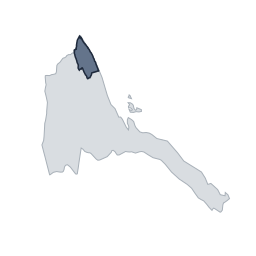 location of Karura, Semenawi Keyih Bahri, Eritrea, rotated 350°
{"feature_id": "51966322B45199582240714", "entity_name": "Karura", "entity_type": "district", "adm_level": 2, "iso_a3": "ERI", "parent_name": "Eritrea", "parent_adm1": "Semenawi Keyih Bahri", "projection": "equal_earth", "projection_center": [38.724, 17.385], "detail": "fine", "context": "in_parent", "style": "filled", "palette": "slate", "viewbox_px": 256, "rotation_deg": 350, "n_neighbors": 0, "source": "geoboundaries", "source_scale": "gbopen_adm2", "svg_char_len": 5850}
<svg xmlns="http://www.w3.org/2000/svg" viewBox="0 0 256 256"><g transform="rotate(350 128 128)"><path d="M42.7,160.5L41.9,150.4L41.4,143.6L40.8,136.5L40.3,129.7L42.8,125.6L43.9,121.6L46.9,108.8L48.1,106.3L50.5,99.4L50.8,97.5L53.1,88.8L52.9,83.1L52.5,77.3L53.7,73.9L54.9,71.2L54.8,68.9L55.3,63.5L55.7,62.1L57.1,62.1L59.9,62.8L61.9,62.2L64.3,62.2L66.2,62.0L67.2,60.4L68.8,54.1L69.7,52.9L70.5,52.5L72.6,51.3L74.4,49.5L75.8,48.2L76.4,47.9L77.9,47.8L79.5,47.0L80.2,46.1L82.2,45.4L84.1,45.8L85.4,45.0L86.2,44.5L87.2,44.5L88.1,43.8L88.5,42.6L89.0,41.9L90.5,40.3L91.2,39.1L91.5,37.9L91.8,37.0L92.5,35.4L95.1,31.4L97.4,29.1L105.2,49.3L108.4,61.2L111.2,73.7L113.3,92.4L115.3,102.0L118.6,106.7L120.8,115.7L122.7,116.0L124.0,118.5L126.4,126.8L128.1,130.0L129.0,127.3L128.9,125.7L128.2,123.2L128.8,119.8L130.1,117.8L133.1,120.5L134.7,122.6L135.2,126.7L135.9,129.0L139.0,133.9L141.7,135.3L145.1,135.6L148.0,136.7L150.3,138.5L154.6,143.4L164.5,147.7L172.5,161.0L177.2,170.2L192.7,184.1L195.4,190.8L196.8,197.4L200.0,197.0L205.6,204.2L207.3,209.7L211.8,211.6L212.6,208.4L214.8,211.1L215.7,215.2L212.8,216.8L209.6,218.3L209.2,218.2L208.1,220.1L206.6,225.3L204.9,226.8L204.1,226.9L199.0,222.1L198.3,221.8L197.2,222.7L196.4,223.7L194.0,220.1L192.3,216.8L189.9,212.9L187.6,211.2L185.1,209.0L182.7,204.0L180.2,198.4L176.5,193.8L169.6,187.2L163.2,178.9L158.4,170.2L155.2,165.6L153.9,164.5L147.5,161.6L143.0,157.7L139.5,154.4L137.4,153.5L135.4,153.4L131.0,154.0L127.3,152.0L125.8,152.0L123.4,151.4L121.5,150.7L119.2,151.5L114.6,153.0L112.7,152.7L111.7,150.6L111.1,149.1L109.5,147.4L108.2,147.4L107.4,148.9L102.6,152.6L94.6,154.6L92.7,154.5L91.2,153.0L87.2,146.7L86.0,145.7L85.1,145.6L83.2,144.8L81.4,143.6L79.9,141.0L78.4,139.6L76.7,144.6L73.7,153.5L72.2,158.2L70.1,164.3L69.5,164.5L68.4,164.1L64.4,156.4L61.9,153.6L60.0,153.9L58.7,155.3L57.8,157.8L56.8,159.4L55.8,160.0L53.6,159.7L50.2,158.5L46.8,158.7L43.2,160.5L42.7,160.5ZM137.3,109.9L138.4,111.8L139.2,111.6L139.8,111.0L140.2,109.6L144.3,112.2L144.1,114.0L141.6,114.1L138.8,113.3L136.1,113.6L133.0,112.8L132.3,109.9L134.3,111.3L135.3,111.0L135.5,110.6L134.1,108.6L132.1,108.2L132.2,106.6L133.1,106.0L133.6,105.3L132.5,103.1L134.7,103.6L136.2,104.9L137.1,106.4L137.3,109.9ZM135.6,96.3L136.5,99.7L133.9,98.4L133.5,97.7L134.6,96.4L134.9,95.6L135.6,96.3Z" fill="#d9dde1" stroke="#a8b0b8" stroke-width="1"/><path d="M90.1,62.6L90.6,62.1L91.2,61.8L91.3,61.7L91.7,61.6L91.9,61.6L92.0,61.7L92.1,61.8L92.2,61.7L92.4,61.7L92.5,61.5L92.6,61.3L92.6,61.2L92.8,61.1L92.9,60.9L93.2,60.8L93.3,60.8L93.5,61.0L93.7,61.5L93.7,61.8L93.9,62.6L93.9,63.1L94.0,63.3L94.2,64.1L94.3,64.6L94.4,65.2L94.5,65.4L94.5,65.5L94.8,66.4L95.0,67.0L95.1,67.4L95.3,67.9L95.3,68.2L95.4,68.3L95.6,68.6L95.9,68.9L96.0,69.1L96.1,69.5L96.2,69.8L96.3,70.0L96.3,71.1L96.4,71.5L96.6,72.1L96.7,72.3L96.9,72.4L97.0,72.5L97.3,72.4L97.5,72.2L97.9,72.0L98.2,72.0L98.4,71.8L98.6,71.8L98.9,71.8L99.2,71.6L99.3,71.7L99.6,71.3L99.7,71.2L99.8,71.1L100.0,71.0L100.3,70.3L100.4,70.1L100.5,70.0L100.9,69.7L101.2,69.3L101.4,68.8L101.5,68.5L101.5,68.3L101.6,68.2L101.8,67.8L101.9,67.4L102.0,67.4L102.1,67.2L102.1,67.4L102.3,67.4L102.7,67.3L102.8,67.3L103.1,67.3L103.3,67.3L103.5,67.2L103.6,67.3L103.8,67.2L104.0,67.2L104.3,67.2L104.5,67.1L104.9,67.1L105.1,67.2L105.3,67.0L105.5,67.0L105.7,66.9L106.2,66.9L106.5,67.0L106.8,66.9L107.1,66.9L107.5,66.8L107.7,66.6L108.1,66.6L108.3,66.7L108.7,66.8L108.7,66.7L108.8,66.7L109.0,66.4L108.9,66.3L108.9,66.0L108.9,65.9L108.8,65.6L108.8,65.4L108.6,65.0L108.6,64.3L108.6,64.1L108.5,63.9L108.4,63.4L108.3,63.2L108.3,62.8L108.2,62.5L108.1,62.0L108.0,61.7L108.0,61.3L107.9,61.2L107.9,60.8L107.7,60.3L107.7,59.7L107.5,59.3L107.5,59.2L107.5,58.5L107.5,58.0L107.5,57.7L107.4,57.4L107.3,57.2L107.1,57.0L106.9,56.8L106.8,56.6L106.7,56.3L106.7,56.1L106.7,55.6L106.7,55.2L106.6,54.6L106.5,54.2L106.5,53.9L106.4,53.5L106.2,53.2L106.1,52.9L106.0,52.5L106.0,52.0L105.9,51.2L105.7,50.6L105.7,50.4L105.6,50.2L105.5,49.8L105.3,49.1L105.2,48.8L105.1,48.7L105.0,48.4L104.9,48.1L104.9,47.9L104.7,47.6L104.7,47.4L104.4,47.0L104.3,46.8L104.1,46.6L104.1,46.4L103.9,46.2L103.9,45.9L103.9,45.7L103.8,45.3L103.7,45.2L103.7,44.9L103.6,44.7L103.5,44.3L103.4,44.0L103.3,43.8L103.1,43.5L103.1,43.4L102.9,43.2L102.9,42.9L103.0,42.9L102.9,42.9L102.8,42.7L102.6,42.2L102.5,42.3L102.4,42.3L102.4,42.2L102.5,42.0L102.4,41.9L102.4,42.0L102.3,41.9L102.4,41.7L102.2,41.5L102.2,41.4L102.1,41.2L102.0,40.9L101.9,40.9L101.8,40.7L101.7,40.5L101.6,40.4L101.4,40.1L101.3,39.8L101.3,39.7L101.2,39.5L101.1,39.3L101.1,39.2L100.7,38.5L100.5,38.3L100.4,38.3L100.4,38.2L100.4,37.9L100.3,37.6L100.2,37.5L100.0,37.3L99.9,37.2L99.7,37.0L99.7,36.9L99.5,36.4L99.4,36.3L99.3,36.1L99.1,35.8L99.0,35.6L99.0,35.4L98.8,35.0L98.8,34.8L98.6,34.5L98.5,34.2L98.4,34.0L98.3,33.8L98.3,33.6L98.3,33.2L98.3,32.9L98.2,32.7L98.1,32.4L98.0,32.1L97.9,32.1L97.6,32.1L97.5,31.9L97.5,32.0L97.6,31.8L97.6,31.7L97.5,31.8L97.4,31.9L97.2,31.8L97.2,31.7L97.1,31.4L97.2,31.2L97.1,30.8L96.9,30.8L97.0,30.7L96.8,30.5L96.8,30.4L96.7,30.4L96.5,30.2L96.4,29.9L96.5,29.7L96.4,29.7L96.2,29.6L96.3,29.3L96.2,29.1L96.0,29.4L95.9,29.4L95.4,30.1L95.2,30.4L94.8,30.8L94.0,31.9L93.5,32.5L93.4,32.7L93.3,32.8L91.7,37.3L91.7,37.5L91.6,37.9L91.7,38.0L91.6,38.3L91.6,38.5L91.3,39.2L91.0,39.9L91.0,40.0L91.0,40.3L90.9,40.4L90.9,40.5L90.7,40.9L90.6,41.1L90.6,41.3L90.3,41.2L90.2,41.2L90.0,41.4L89.9,41.5L89.7,41.6L89.4,41.6L89.0,41.9L88.8,41.9L88.8,42.0L88.7,42.1L88.8,42.3L88.7,42.5L88.8,42.8L88.7,43.0L88.4,43.0L88.4,43.5L88.4,43.8L88.4,44.0L88.3,44.4L88.2,44.6L88.1,44.8L88.2,45.7L88.4,46.7L88.3,47.5L88.4,48.1L88.5,49.1L88.6,49.8L88.9,50.5L89.0,51.9L89.2,52.6L89.2,53.2L89.3,54.9L89.9,56.8L90.0,57.3L90.0,57.6L89.8,57.9L89.7,58.3L89.6,59.1L89.4,59.7L89.3,60.2L89.4,60.8L89.6,61.3L89.7,61.8L90.1,62.6ZM97.5,31.5L97.5,31.4L97.4,31.3L97.5,31.5L97.4,31.5L97.5,31.5L97.5,31.5Z" fill="#64748b" stroke="#1e293b" stroke-width="1.5"/></g></svg>